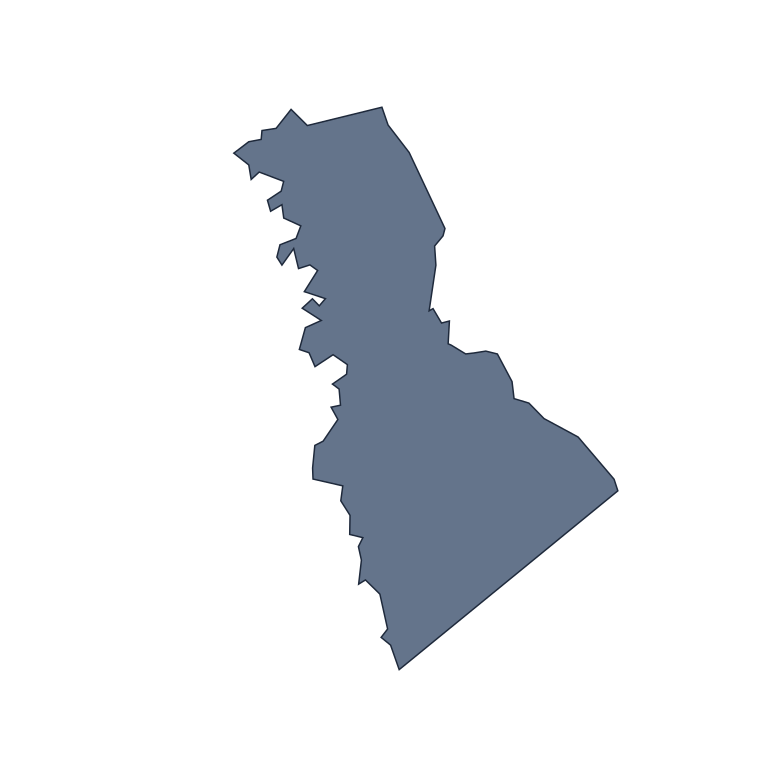 outline of Hanover, Virginia, United States of America, rotated 214°
{"feature_id": "52423323B54139086125962", "entity_name": "Hanover", "entity_type": "district", "adm_level": 2, "iso_a3": "USA", "parent_name": "United States of America", "parent_adm1": "Virginia", "projection": "equal_earth", "projection_center": [-77.399, 37.773], "detail": "fine", "context": "isolated", "style": "filled", "palette": "slate", "viewbox_px": 768, "rotation_deg": 214, "n_neighbors": 0, "source": "geoboundaries", "source_scale": "gbopen_adm2", "svg_char_len": 1215}
<svg xmlns="http://www.w3.org/2000/svg" viewBox="0 0 768 768"><g transform="rotate(214 384 384)"><path d="M244.7,172.3L232.5,171.2L211.7,155.7L170.0,294.3L130.4,426.2L140.0,433.7L193.4,448.6L232.0,444.8L253.2,449.2L268.0,444.6L279.2,457.6L306.8,472.3L318.0,468.2L326.8,460.0L333.1,454.6L350.1,453.8L353.3,453.2L365.0,472.8L370.4,466.7L385.5,473.9L387.5,469.9L407.4,511.5L419.2,526.7L417.9,539.8L420.4,547.0L492.6,590.0L525.5,601.0L540.5,612.3L592.1,555.4L614.6,559.7L616.4,535.6L626.9,525.9L622.6,518.1L631.6,509.2L637.6,491.4L618.6,490.0L608.5,479.3L606.0,489.9L580.5,495.9L577.1,486.4L583.4,471.2L574.6,463.8L568.9,475.6L559.9,465.5L541.4,468.6L538.3,455.5L548.1,441.3L543.8,429.3L535.1,425.5L534.6,445.8L519.4,431.9L512.0,441.3L502.5,441.0L501.7,416.0L480.3,422.0L481.4,412.6L491.0,414.6L494.2,401.1L471.5,401.6L480.7,386.8L473.5,365.3L463.6,368.0L450.9,359.8L442.6,379.8L425.2,379.6L420.5,371.2L426.7,355.1L418.4,354.7L408.2,342.1L414.9,335.2L402.4,328.8L402.5,302.6L407.0,294.4L396.2,274.4L389.7,265.5L361.2,276.5L354.5,263.0L338.7,256.1L328.3,240.1L315.6,244.8L314.3,234.9L304.2,225.3L293.1,203.9L289.8,211.2L269.9,207.5L244.0,182.9L244.7,172.3Z" fill="#64748b" stroke="#1e293b" stroke-width="1.5"/></g></svg>